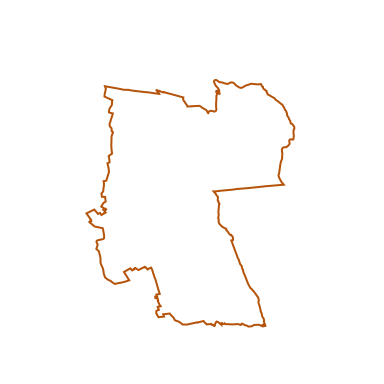 the district of Sendriceni, Botosani, Romania, rotated 206°
{"feature_id": "2599482B21165352154919", "entity_name": "Sendriceni", "entity_type": "district", "adm_level": 2, "iso_a3": "ROU", "parent_name": "Romania", "parent_adm1": "Botosani", "projection": "robinson", "projection_center": [26.329, 47.938], "detail": "fine", "context": "isolated", "style": "outline", "palette": "amber", "viewbox_px": 384, "rotation_deg": 206, "n_neighbors": 0, "source": "geoboundaries", "source_scale": "gbopen_adm2", "svg_char_len": 5966}
<svg xmlns="http://www.w3.org/2000/svg" viewBox="0 0 384 384"><g transform="rotate(206 192 192)"><path d="M177.4,319.2L179.7,317.7L185.8,315.4L186.6,315.0L188.4,313.0L189.5,312.1L190.3,311.3L192.8,307.6L194.0,306.9L195.5,306.7L198.4,307.0L199.3,307.2L202.0,308.2L203.2,308.3L204.6,307.8L205.4,307.3L206.8,305.3L207.5,304.7L207.9,304.5L210.9,303.9L212.9,303.7L215.1,302.9L215.8,302.8L218.2,303.2L219.4,303.3L220.0,303.0L220.5,302.5L220.8,301.7L220.8,301.3L220.6,300.8L220.0,300.1L217.2,297.9L214.7,297.0L213.0,296.0L212.0,295.1L211.3,293.5L210.5,292.8L210.2,292.4L210.3,292.2L210.9,292.2L212.6,293.7L213.2,294.1L213.9,294.0L214.3,293.7L214.4,293.4L214.4,293.0L214.2,292.8L212.4,291.0L212.3,290.5L212.3,289.5L212.0,288.7L210.6,285.8L209.9,283.8L207.8,279.3L206.3,277.0L206.1,275.8L206.2,275.1L206.4,274.8L207.2,274.1L209.9,273.5L210.8,273.1L211.5,272.6L212.1,271.6L211.9,270.3L212.0,270.0L212.6,270.1L214.0,271.4L215.1,271.9L216.2,272.0L219.1,272.1L221.4,272.6L222.9,272.7L224.2,272.1L233.6,266.8L234.2,267.5L240.3,271.0L240.7,271.6L241.2,273.2L255.0,270.6L259.0,269.8L260.7,269.6L261.3,269.4L261.3,269.0L262.7,268.7L265.7,268.5L268.6,268.0L268.6,267.9L267.3,267.2L265.7,266.7L264.5,265.8L265.6,265.4L275.6,262.2L277.9,261.2L291.3,256.6L292.7,256.2L293.6,256.1L298.3,253.9L301.8,253.1L316.6,248.9L314.6,246.9L313.4,241.7L312.5,239.4L303.8,239.6L303.5,238.3L302.2,235.1L302.6,231.2L302.5,230.1L302.4,229.3L301.5,227.2L300.6,227.2L297.6,227.9L297.1,225.3L296.5,220.9L296.2,219.4L296.1,218.3L295.9,217.0L295.5,216.2L294.7,215.2L294.2,214.8L292.3,214.0L291.2,212.4L291.0,211.6L290.8,211.4L289.3,211.2L289.2,211.1L288.9,208.8L288.9,207.2L286.7,202.4L286.0,200.9L285.7,200.1L285.1,198.8L283.4,195.6L280.7,191.5L282.7,187.8L280.5,185.0L279.1,182.6L280.6,180.8L277.2,176.5L275.4,173.6L274.0,164.6L276.2,163.0L275.0,161.3L273.7,158.5L273.2,156.4L272.7,155.4L272.2,154.1L272.2,153.3L272.7,151.0L270.9,148.2L268.0,149.5L265.4,145.6L266.8,143.3L267.2,139.1L263.8,138.8L264.1,137.1L262.5,137.0L262.3,138.9L261.6,138.8L261.8,135.4L260.8,135.4L263.3,131.6L265.5,132.9L266.8,131.1L272.1,133.4L277.5,126.5L270.5,122.7L270.9,122.2L269.9,121.6L271.1,120.1L270.2,119.7L269.4,119.6L264.5,118.3L256.4,120.3L255.4,119.2L251.8,114.2L250.8,111.9L251.2,110.7L255.0,107.8L256.2,106.5L256.0,105.2L253.7,103.4L253.0,98.9L249.7,97.9L245.8,93.2L244.2,90.5L243.8,89.4L243.3,88.5L242.5,87.5L241.5,86.6L238.1,83.8L237.7,83.2L237.5,82.6L236.7,81.9L236.0,80.6L234.8,79.2L233.4,77.9L233.0,77.2L229.6,76.4L227.0,76.3L226.3,76.5L225.1,76.1L221.2,75.5L220.4,76.0L219.3,77.0L215.5,79.8L212.6,82.3L209.7,85.1L218.1,90.3L214.0,96.3L213.9,96.4L212.0,95.4L211.4,95.3L210.1,97.1L210.6,97.4L210.0,98.7L209.8,98.9L206.6,98.4L205.9,98.4L201.7,104.0L200.9,103.6L200.6,104.0L200.4,104.0L197.9,102.9L196.4,105.3L195.6,106.1L193.9,104.8L188.0,98.6L187.0,97.9L179.9,90.0L176.3,86.3L179.0,84.3L177.7,82.9L179.2,81.9L178.4,80.6L176.7,81.7L175.1,80.0L175.4,79.7L174.1,78.3L172.4,77.0L170.9,75.6L170.5,75.9L170.1,75.6L172.5,73.7L171.1,72.3L170.1,71.6L170.1,71.4L171.8,69.9L171.9,69.6L171.8,69.2L171.4,68.4L171.1,67.4L169.5,66.3L167.2,64.8L162.5,67.8L164.3,69.5L158.7,73.0L157.2,72.2L154.3,71.3L153.2,70.7L151.0,69.2L147.1,69.7L145.1,69.4L142.2,68.8L138.6,70.6L137.8,71.1L130.1,77.2L129.9,77.0L125.1,81.1L122.7,80.0L121.6,79.8L121.3,79.9L120.8,79.4L116.7,81.9L116.1,81.3L115.8,81.5L114.7,81.8L114.1,81.3L113.1,81.4L113.0,81.6L112.9,82.0L113.3,83.4L113.3,84.3L113.5,84.8L113.3,85.6L113.0,86.4L111.3,86.5L108.2,85.7L108.8,86.3L107.6,87.3L106.7,86.6L105.4,87.6L105.2,88.2L104.9,88.1L104.6,87.8L104.3,87.8L97.3,90.9L92.6,93.5L92.2,93.6L90.2,93.7L89.8,94.0L89.9,94.5L89.7,95.2L89.3,95.6L88.7,95.7L86.8,95.5L84.9,95.7L84.1,96.0L82.7,95.8L82.2,95.8L79.3,97.6L78.5,98.9L77.8,99.8L74.5,101.6L73.6,102.0L69.9,102.2L70.1,102.5L70.5,103.0L69.9,104.0L69.4,103.6L68.6,103.3L68.1,103.3L67.4,103.7L68.0,104.7L68.5,105.2L69.2,105.5L70.3,106.9L70.8,107.3L70.8,107.9L71.3,108.7L72.2,109.7L73.6,110.4L75.0,111.7L75.5,112.7L76.4,113.6L78.0,114.9L78.5,115.8L81.4,119.3L83.3,121.1L84.1,122.3L84.5,124.0L85.7,125.6L86.7,126.5L87.4,126.7L88.7,127.5L92.9,129.7L94.5,130.3L95.5,130.8L97.6,131.4L100.7,133.6L102.6,135.2L106.7,139.1L110.1,142.0L111.5,143.4L112.0,144.5L113.3,145.1L115.0,147.3L117.1,148.3L118.7,149.9L119.5,150.8L120.5,151.8L122.3,153.0L123.1,154.0L127.2,157.8L135.4,165.7L134.1,166.7L134.1,167.0L134.4,167.6L135.0,168.4L135.4,169.3L137.9,170.6L138.3,170.2L138.7,170.2L140.6,170.9L142.5,172.1L144.3,172.7L144.5,172.9L145.0,173.9L146.9,173.8L150.1,174.1L150.9,174.5L152.8,175.1L154.4,176.2L155.2,177.2L155.5,177.9L155.7,178.7L156.0,179.2L156.8,179.6L157.0,180.1L157.5,181.5L157.6,182.2L157.9,182.7L158.0,183.4L159.0,184.7L159.6,185.7L160.6,188.6L160.9,189.0L161.4,190.8L161.8,191.3L162.3,192.6L162.0,192.8L162.2,193.4L162.5,193.7L164.1,194.7L164.4,195.5L165.1,195.6L165.8,197.0L166.0,197.9L166.5,198.9L168.5,199.8L169.0,200.1L169.5,200.6L172.8,202.0L171.2,202.8L167.3,205.4L156.4,212.0L153.7,213.9L142.8,220.4L128.4,229.4L112.7,238.8L114.2,239.5L115.6,239.9L116.9,241.0L118.3,241.8L120.8,243.9L121.5,244.8L121.7,245.3L121.7,246.4L124.9,256.2L125.5,259.0L125.5,260.9L125.7,261.6L126.9,264.2L127.3,265.5L128.0,266.7L128.6,267.4L129.4,268.7L129.8,269.7L129.9,270.7L129.7,271.4L129.3,272.3L127.1,273.5L126.6,274.1L125.6,276.6L125.4,278.1L127.0,280.6L127.2,281.8L127.0,282.1L126.6,282.5L124.4,283.3L124.0,283.7L124.0,284.1L124.5,285.3L125.2,287.4L126.1,288.6L127.5,291.3L127.6,291.8L127.9,292.7L127.9,293.0L127.7,293.6L128.5,295.2L129.3,295.8L131.7,297.0L132.4,297.1L133.0,296.9L133.5,297.1L134.1,298.1L135.0,299.0L136.8,300.1L137.7,301.2L139.6,302.1L140.4,303.1L141.2,304.4L142.1,305.1L142.7,305.8L144.8,306.9L146.0,308.1L148.0,309.3L149.0,310.1L149.7,310.1L151.7,310.5L153.5,311.0L156.8,311.5L157.3,311.6L159.0,312.5L160.4,312.5L165.0,312.9L166.9,312.9L167.8,314.0L168.8,314.5L169.3,315.5L170.8,315.6L171.2,315.9L172.1,315.9L173.3,316.3L174.0,316.9L174.2,317.5L175.0,317.5L177.4,319.2Z" fill="none" stroke="#b45309" stroke-width="2"/></g></svg>